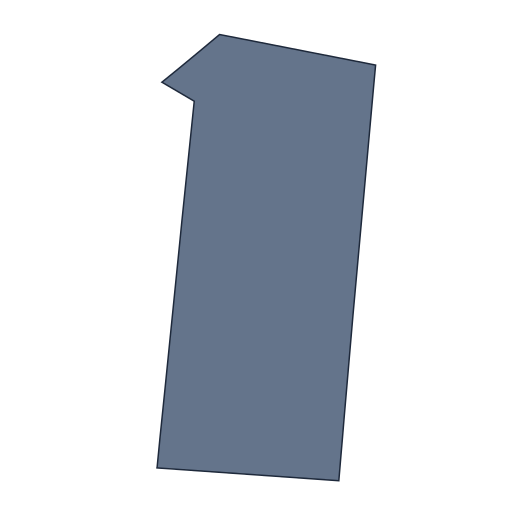 9 de Julio, Río Negro, Argentina, rotated 4°
{"feature_id": "61730980B80423249669200", "entity_name": "9 de Julio", "entity_type": "district", "adm_level": 2, "iso_a3": "ARG", "parent_name": "Argentina", "parent_adm1": "Río Negro", "projection": "mercator", "projection_center": [-67.548, -40.906], "detail": "fine", "context": "isolated", "style": "filled", "palette": "slate", "viewbox_px": 512, "rotation_deg": 4, "n_neighbors": 0, "source": "geoboundaries", "source_scale": "gbopen_adm2", "svg_char_len": 463}
<svg xmlns="http://www.w3.org/2000/svg" viewBox="0 0 512 512"><g transform="rotate(4 256 256)"><path d="M354.3,474.4L354.3,474.0L354.7,446.0L354.9,434.5L355.2,411.2L356.9,306.7L358.7,218.7L361.6,74.4L362.0,57.2L204.2,37.6L184.9,56.2L165.8,74.4L150.0,89.2L183.6,105.9L180.3,206.2L179.6,227.2L179.1,244.8L174.5,394.7L174.3,400.9L173.3,431.9L172.9,444.2L172.1,473.4L172.0,473.7L172.0,474.3L354.3,474.4Z" fill="#64748b" stroke="#1e293b" stroke-width="1.5"/></g></svg>